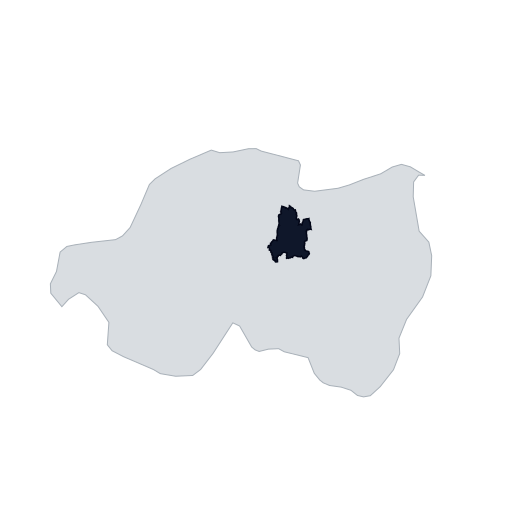 Rulindo, Northern, Rwanda (highlighted), rotated 28°
{"feature_id": "39286606B38837433870904", "entity_name": "Rulindo", "entity_type": "district", "adm_level": 2, "iso_a3": "RWA", "parent_name": "Rwanda", "parent_adm1": "Northern", "projection": "mercator", "projection_center": [30.0, -1.752], "detail": "fine", "context": "in_parent", "style": "filled", "palette": "ink", "viewbox_px": 512, "rotation_deg": 28, "n_neighbors": 0, "source": "geoboundaries", "source_scale": "gbopen_adm2", "svg_char_len": 6802}
<svg xmlns="http://www.w3.org/2000/svg" viewBox="0 0 512 512"><g transform="rotate(28 256 256)"><path d="M205.8,161.1L211.4,160.9L248.8,152.0L252.5,154.8L258.5,172.1L261.7,174.6L266.9,175.3L277.4,171.3L296.6,157.7L305.0,149.5L314.9,137.9L327.5,124.9L334.5,113.5L341.4,106.8L350.4,104.8L360.4,105.3L367.3,105.5L361.6,108.3L360.4,116.6L367.0,129.9L388.4,157.5L402.1,162.6L411.0,173.3L419.7,191.4L422.3,214.0L418.7,241.2L420.8,261.4L428.7,274.7L430.8,291.9L427.0,313.1L422.5,325.7L417.1,329.9L411.0,331.5L402.8,330.0L392.7,331.8L381.7,335.8L374.9,336.4L370.6,335.6L362.5,332.2L349.7,321.3L325.9,327.3L319.5,327.2L310.7,332.4L303.6,338.8L299.3,339.3L294.9,338.4L274.4,325.5L266.9,325.9L263.8,362.1L260.4,382.2L256.2,391.2L241.5,399.9L226.7,404.8L218.7,404.4L186.2,407.1L173.4,407.2L166.4,404.2L157.3,383.7L140.1,374.6L123.6,370.3L116.8,371.5L110.8,382.2L108.4,391.9L92.3,385.2L87.5,377.1L87.1,363.3L81.2,344.5L84.5,336.4L90.8,331.2L104.1,321.3L124.3,307.5L128.7,300.9L131.5,289.9L130.2,264.4L128.3,242.9L130.7,235.2L139.9,218.6L152.3,201.5L166.8,183.5L175.5,181.8L186.9,174.9L199.0,164.8L205.8,161.1Z" fill="#d9dde1" stroke="#a8b0b8" stroke-width="1"/><path d="M277.2,244.0L277.1,243.8L277.4,243.2L277.5,242.6L277.8,242.0L277.6,241.9L277.7,241.4L277.5,240.7L278.1,240.5L278.5,239.9L278.8,239.6L280.1,239.1L280.4,239.2L280.8,239.0L281.3,239.0L281.7,238.7L281.8,238.7L281.8,238.9L282.1,239.4L282.4,240.0L282.5,240.1L282.5,240.6L282.6,240.9L282.6,241.1L282.8,241.5L283.3,241.8L283.7,242.3L283.9,243.0L283.8,243.4L284.1,243.7L285.0,242.9L285.5,242.7L285.7,242.8L286.3,242.0L286.9,241.8L287.4,241.2L287.5,240.6L287.9,240.2L288.2,240.1L288.7,240.2L288.9,240.1L288.7,239.8L288.7,239.4L288.8,238.9L289.2,238.3L289.3,238.0L290.0,237.4L290.6,237.2L291.1,237.1L291.4,237.1L292.0,237.0L292.7,236.9L292.9,237.0L293.9,236.6L294.5,236.2L295.4,236.0L295.5,235.7L295.8,235.6L296.1,235.1L296.1,234.7L297.7,235.2L298.2,235.8L298.6,236.0L299.4,235.9L299.7,235.6L299.8,235.2L300.2,234.8L300.3,234.6L300.8,234.4L301.2,234.0L301.3,233.2L301.6,232.4L301.6,230.7L302.0,229.9L302.0,228.9L301.5,228.6L300.9,227.6L300.6,227.6L300.2,227.4L299.3,227.5L298.8,228.1L297.3,227.9L296.6,227.8L296.4,227.6L296.2,227.7L296.1,227.4L295.9,227.2L295.7,227.2L295.3,226.9L295.2,226.7L294.8,226.3L294.9,226.2L294.8,225.8L294.2,225.5L294.2,225.2L293.8,225.1L293.6,224.9L293.6,224.7L293.8,224.4L293.9,224.0L293.7,223.7L293.5,223.0L293.4,223.0L293.2,222.7L293.2,222.0L292.9,221.8L292.9,221.7L292.7,221.4L292.2,221.0L292.1,220.8L292.3,220.3L292.3,219.6L292.7,219.2L293.0,219.2L293.1,218.9L293.1,218.7L293.4,218.5L293.4,218.1L293.5,218.1L293.4,217.7L293.2,217.6L293.2,217.2L293.0,216.7L292.8,216.5L292.6,216.0L292.1,215.7L291.9,215.4L291.7,215.4L291.5,214.6L291.1,214.1L291.0,213.8L290.7,213.5L290.5,213.1L290.2,213.0L290.0,212.9L289.9,212.4L289.7,212.1L289.7,211.9L289.5,211.7L289.4,211.4L289.1,210.9L289.1,210.7L288.8,210.6L289.0,210.3L288.6,209.8L288.5,209.6L288.6,209.2L289.1,209.0L289.5,208.5L289.7,208.4L289.5,208.2L290.0,208.1L290.3,207.9L290.7,207.4L291.4,206.8L292.2,206.6L291.3,205.7L290.5,204.2L290.3,204.1L290.2,203.9L289.8,203.6L288.6,201.8L288.3,201.0L287.5,200.6L287.2,200.3L286.5,200.0L286.4,199.8L286.2,199.7L286.1,199.4L285.8,199.3L285.1,198.1L284.6,198.7L283.8,199.0L283.8,199.3L283.4,199.5L282.9,199.6L282.5,200.1L282.4,200.6L281.2,201.1L280.8,201.7L280.9,202.2L281.4,203.2L281.4,203.5L281.3,203.8L281.4,204.1L281.3,205.2L281.8,205.9L281.7,206.2L282.0,206.4L282.1,207.2L282.0,207.3L281.4,207.2L281.2,206.9L281.1,207.0L280.8,207.0L280.3,206.8L279.5,207.9L279.0,208.4L279.0,208.0L278.7,207.7L278.5,207.1L278.5,206.7L278.2,206.2L278.2,205.6L278.0,205.2L278.0,204.9L277.5,204.6L277.3,204.1L277.0,204.0L276.7,203.6L276.0,203.4L275.8,203.8L275.3,204.1L275.4,204.3L275.3,204.6L275.0,204.5L274.6,204.6L274.1,204.0L273.4,202.8L273.5,202.5L273.2,201.3L272.8,201.0L272.6,200.7L272.5,200.8L271.8,200.3L271.8,200.0L272.0,199.8L271.8,199.5L271.7,199.1L271.4,198.8L271.1,198.8L270.4,198.5L269.3,197.1L269.2,197.2L268.9,196.9L268.6,197.2L268.0,197.4L267.4,197.2L266.6,196.6L265.5,196.4L265.3,196.7L264.8,196.7L264.9,196.9L264.7,197.1L264.5,196.7L264.2,196.5L263.7,196.3L263.3,196.0L262.5,196.1L261.9,196.0L262.0,196.3L262.6,196.9L262.6,197.6L262.4,197.9L262.3,198.4L262.6,199.3L262.6,199.7L261.3,199.5L261.3,199.3L260.9,199.2L260.7,199.3L260.5,199.2L260.1,199.3L259.8,199.6L259.6,199.7L259.5,199.9L259.4,199.8L259.4,199.6L259.3,199.4L259.1,199.5L258.6,199.4L258.3,199.5L257.3,199.5L257.1,200.0L256.6,199.8L256.3,200.0L256.1,199.9L255.9,200.0L255.5,199.9L255.5,200.0L255.8,200.7L255.8,201.1L256.0,201.3L256.0,201.8L256.4,203.0L256.8,203.5L256.7,203.9L256.8,204.0L256.9,204.5L257.4,205.4L257.3,205.5L257.5,205.6L257.8,206.0L258.1,206.3L258.3,206.3L258.2,207.6L258.0,207.8L257.8,207.8L257.3,208.3L257.2,208.7L256.9,208.9L256.9,209.2L257.0,209.8L257.3,210.2L257.4,210.8L257.7,210.9L258.4,212.0L258.8,212.4L259.1,213.3L259.6,213.8L259.6,214.4L260.0,214.7L260.3,214.8L260.5,215.5L261.2,216.4L261.4,217.5L261.6,217.7L261.6,218.0L261.8,218.0L261.6,218.2L261.7,218.5L261.9,219.0L262.2,219.2L261.9,219.6L261.9,219.8L262.3,220.3L262.2,220.8L262.3,221.6L262.4,222.4L262.8,222.8L262.8,223.6L263.0,224.2L263.8,224.8L263.7,225.2L263.7,225.4L264.3,226.0L264.4,226.5L264.7,226.8L265.0,227.5L265.4,227.7L265.2,228.1L265.2,228.6L265.3,228.8L265.5,229.1L265.6,229.5L265.6,230.0L265.7,230.4L266.6,231.8L266.9,232.1L267.2,232.2L267.4,232.4L266.8,232.8L265.8,232.9L264.9,233.4L264.2,233.3L263.8,233.7L263.9,233.9L263.7,234.1L263.8,234.5L263.7,234.7L263.7,235.1L263.5,235.6L263.6,235.8L263.2,236.3L263.2,236.8L263.3,237.0L263.2,237.7L263.0,237.9L263.2,238.0L263.2,238.4L263.3,238.5L263.4,238.8L263.5,238.9L263.4,238.9L263.5,239.2L263.5,239.3L263.4,239.5L263.4,239.8L263.4,240.0L263.2,240.2L263.2,240.3L262.7,240.5L262.5,240.8L262.3,240.9L262.3,241.2L262.2,241.4L262.3,241.5L262.2,241.8L262.3,241.7L262.4,242.0L262.5,242.3L262.4,242.5L262.5,242.8L262.7,242.6L263.5,242.4L263.6,242.5L264.8,243.6L264.9,243.8L264.8,244.2L264.9,244.5L265.2,244.5L266.4,244.2L266.7,244.8L267.2,244.8L267.6,245.9L267.8,245.9L268.3,245.7L269.0,245.9L269.1,246.3L269.0,246.9L269.0,247.0L269.6,247.3L270.0,247.5L270.1,248.2L270.2,248.3L270.7,248.1L271.0,248.2L271.5,248.8L271.9,248.8L272.0,248.9L272.0,249.1L271.6,249.4L271.5,249.8L272.0,249.8L272.3,250.4L272.7,250.4L272.5,250.9L272.6,251.1L273.1,251.0L273.4,251.3L273.6,251.3L274.1,251.0L274.8,251.4L274.8,250.8L275.1,250.8L275.4,251.2L275.6,251.8L276.0,252.1L277.1,251.5L277.7,251.0L277.3,250.2L277.2,250.2L277.0,249.8L276.6,249.3L276.6,249.1L276.3,249.0L275.7,248.3L275.4,248.1L275.2,248.1L275.5,247.9L275.4,247.5L275.6,247.5L275.4,246.9L275.1,246.5L275.3,246.2L275.2,246.1L275.4,246.0L275.3,245.8L275.4,245.7L275.4,245.3L275.6,245.3L275.5,244.8L276.1,244.5L276.3,244.2L277.2,244.0Z" fill="#0f172a" stroke="#020617" stroke-width="1.5"/></g></svg>